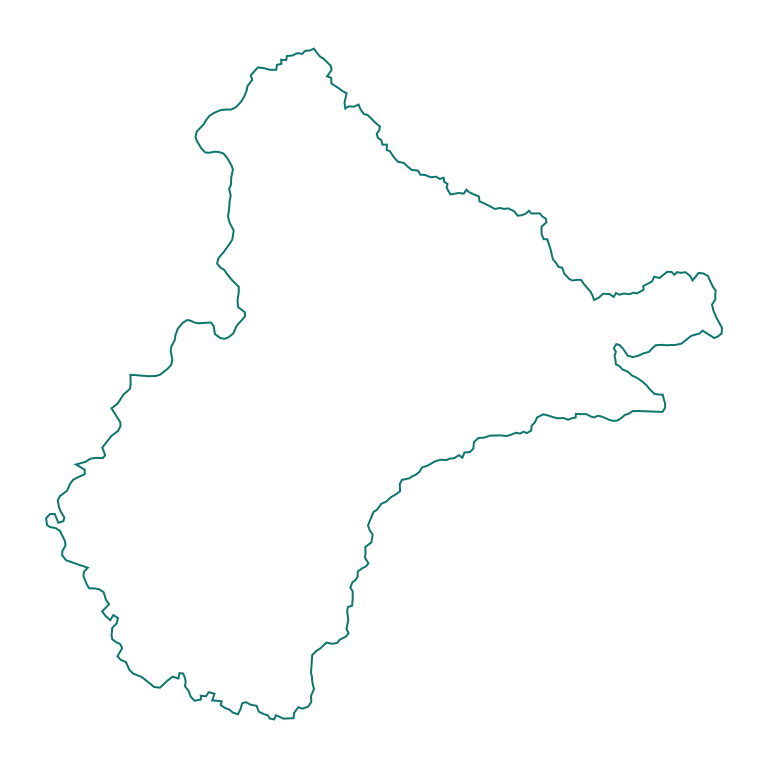 Iaciara, Goiás, Brazil (orthographic projection)
{"feature_id": "56859067B33640833107150", "entity_name": "Iaciara", "entity_type": "district", "adm_level": 2, "iso_a3": "BRA", "parent_name": "Brazil", "parent_adm1": "Goiás", "projection": "orthographic", "projection_center": [-46.724, -14.085], "detail": "fine", "context": "isolated", "style": "outline", "palette": "teal", "viewbox_px": 768, "rotation_deg": 0, "n_neighbors": 0, "source": "geoboundaries", "source_scale": "gbopen_adm2", "svg_char_len": 5866}
<svg xmlns="http://www.w3.org/2000/svg" viewBox="0 0 768 768"><path d="M258.7,711.6L264.0,714.2L267.8,715.3L269.9,718.6L274.2,719.4L275.9,715.3L279.8,716.9L283.2,718.6L293.6,718.2L294.1,712.9L298.4,707.2L302.4,708.7L308.0,706.7L311.3,702.0L311.0,695.8L314.0,689.2L312.4,682.5L311.8,676.2L311.0,672.3L311.5,665.7L312.2,655.1L316.4,650.9L320.6,648.2L326.4,642.6L332.5,643.8L337.2,642.9L339.7,639.7L345.7,636.7L348.6,633.2L346.5,628.9L348.2,620.8L347.9,616.9L347.2,611.1L347.8,607.0L352.1,605.7L352.7,598.4L352.7,591.4L350.3,587.6L352.3,582.5L355.6,579.9L357.6,576.7L357.8,571.4L361.9,568.5L366.2,566.2L368.4,563.3L364.9,557.4L365.6,552.8L365.3,547.0L371.4,542.3L372.7,534.6L369.8,530.4L368.0,525.5L371.6,516.5L373.6,511.8L376.8,510.0L381.3,503.8L386.0,501.8L390.7,497.4L396.8,493.7L400.1,491.2L399.8,484.0L401.9,479.9L409.3,478.3L412.4,476.2L415.6,474.9L419.5,471.7L422.0,467.5L427.5,465.7L434.7,461.5L440.5,459.7L446.3,460.1L450.2,458.5L454.1,458.2L459.0,455.2L462.4,457.8L464.4,452.5L469.7,452.1L473.3,448.8L474.0,442.0L478.5,437.9L483.9,437.7L490.1,435.6L500.3,435.4L506.9,436.0L511.4,434.6L516.1,432.7L520.1,433.6L523.5,431.7L526.9,433.1L531.2,430.5L531.6,425.9L535.0,422.2L537.1,417.4L543.3,414.3L548.6,415.6L552.9,417.1L557.6,418.3L563.4,418.0L568.1,419.7L571.7,418.3L575.6,417.5L575.9,413.9L579.8,414.1L586.4,414.1L591.0,416.6L594.4,417.4L597.6,415.8L601.1,416.4L605.7,418.2L609.9,420.1L613.8,420.9L617.4,420.5L621.3,418.0L624.9,414.9L628.5,413.9L632.5,411.2L637.6,411.0L662.4,411.9L665.1,407.8L665.1,403.6L663.6,398.4L662.8,394.7L658.8,394.5L654.5,393.9L649.8,389.4L646.3,385.0L642.3,381.5L636.8,377.8L631.9,375.5L628.0,371.8L622.3,369.3L619.5,366.1L615.9,364.3L615.4,359.7L614.5,355.8L615.9,351.9L613.8,348.2L616.3,344.1L619.7,345.1L622.9,348.6L625.4,352.1L627.6,355.6L632.7,357.1L638.1,355.8L643.6,353.3L648.9,351.9L652.7,347.9L655.6,345.3L661.5,344.8L666.6,345.3L670.6,345.0L675.0,345.0L681.5,343.6L686.4,339.7L691.1,335.9L695.8,334.5L699.4,333.7L702.5,330.6L714.2,338.0L717.6,336.6L721.7,333.5L721.9,327.7L716.3,317.4L713.3,310.2L712.0,304.6L715.3,299.4L715.3,294.2L715.7,290.4L713.3,287.5L709.6,279.9L708.0,276.0L703.5,273.5L698.5,272.9L696.3,275.9L692.6,280.4L690.2,276.0L685.5,272.2L680.5,272.9L677.1,272.1L674.4,274.8L671.6,271.9L667.1,271.9L659.4,278.0L654.2,276.7L652.0,281.6L648.9,283.1L643.3,286.0L643.5,289.9L636.9,293.4L633.3,292.6L629.7,294.2L623.7,293.6L619.4,294.7L616.0,293.0L613.7,296.9L609.5,294.0L603.0,293.8L598.8,297.7L594.1,300.0L592.2,294.8L590.5,291.6L584.3,284.5L581.1,280.0L577.5,279.8L572.4,280.5L569.3,279.0L564.3,273.7L562.2,267.7L558.8,267.0L555.6,262.4L553.0,259.4L552.0,255.7L550.9,250.4L549.1,245.0L547.3,239.3L543.7,239.2L541.7,234.5L541.5,226.8L546.5,222.2L545.6,218.5L542.6,216.7L539.8,213.4L531.3,213.5L529.0,210.7L525.9,213.6L521.9,215.2L517.6,215.7L514.3,211.3L508.2,208.4L503.8,208.9L500.2,208.0L494.7,208.9L488.7,205.6L484.0,203.3L479.5,201.4L478.9,196.5L474.5,194.7L469.1,192.2L466.4,189.7L463.8,193.6L458.8,193.0L450.4,194.4L448.3,190.9L446.6,187.6L447.5,183.9L444.2,181.8L443.6,177.7L439.9,179.0L436.1,176.7L430.3,177.2L425.0,174.9L420.3,174.7L418.0,170.6L411.7,169.9L406.9,166.0L403.9,162.9L398.0,161.8L394.7,158.2L391.9,154.3L389.9,151.2L386.7,150.0L386.9,144.6L382.5,144.7L381.2,140.0L377.8,137.8L376.7,133.7L379.2,130.4L379.9,126.5L374.5,122.0L371.2,118.5L367.5,114.9L363.8,114.1L360.4,109.1L358.6,104.6L354.0,106.7L348.9,106.3L345.3,108.5L344.5,102.8L346.6,93.2L342.7,91.2L338.9,88.4L331.4,83.5L331.1,77.7L327.0,76.4L329.4,73.1L331.6,69.8L330.8,65.9L326.2,61.3L323.6,58.8L319.6,56.2L313.8,48.6L309.8,50.5L305.3,50.7L302.2,53.9L297.2,53.2L292.6,55.5L287.0,56.0L286.2,60.1L281.1,59.7L281.5,63.8L276.9,64.9L276.3,69.8L270.0,69.8L264.5,68.3L257.9,67.4L250.8,75.2L252.2,79.9L247.4,86.3L246.8,90.0L244.5,96.0L241.0,101.9L235.8,107.3L231.0,109.6L226.1,109.5L220.4,110.2L214.7,112.6L209.6,115.7L206.0,120.2L203.8,124.2L196.8,131.5L195.5,136.7L197.0,141.3L201.5,148.6L205.1,152.4L208.9,152.8L214.8,151.7L218.9,152.0L223.6,153.6L227.8,158.9L231.8,166.2L232.9,169.5L231.2,177.7L231.0,184.5L229.1,188.9L230.7,195.5L229.6,201.6L229.1,209.1L228.0,216.6L229.7,222.8L233.7,230.6L232.3,239.5L230.1,243.1L223.5,252.3L218.4,258.2L217.1,263.6L220.5,267.7L223.9,269.6L227.4,274.4L231.6,279.7L238.8,286.9L238.7,292.5L237.5,300.9L238.1,307.1L244.8,312.2L245.1,316.2L241.6,320.3L236.8,325.6L233.3,333.4L228.8,337.1L224.9,338.8L220.5,338.2L214.9,334.0L213.7,326.2L210.9,322.5L199.0,323.3L195.0,322.7L190.9,320.8L187.3,320.0L182.8,322.7L177.7,328.9L175.5,335.1L174.7,340.1L171.3,346.6L170.7,350.7L172.3,360.2L171.1,365.1L167.6,368.8L160.2,374.6L155.9,376.0L148.0,376.2L136.1,375.2L130.4,374.8L130.6,384.9L129.9,388.9L123.4,394.7L117.6,403.6L111.5,408.3L120.3,422.3L120.5,426.1L118.0,431.0L111.6,435.7L102.3,447.6L105.2,455.3L102.9,458.0L95.1,457.9L90.2,458.8L85.6,461.8L76.0,464.5L84.7,469.7L84.7,474.2L77.0,477.7L73.0,479.9L70.0,484.0L67.1,490.7L59.8,496.2L57.8,500.6L59.1,507.5L60.8,511.7L64.4,517.6L63.3,521.2L58.3,522.8L54.7,513.9L50.0,514.1L46.1,518.2L47.0,525.0L50.1,527.1L55.6,528.1L60.0,530.9L65.0,541.2L65.5,545.4L62.3,551.2L62.2,555.3L66.0,560.2L78.2,564.5L87.8,567.7L84.0,571.7L83.4,576.1L86.7,584.2L89.1,588.3L95.5,588.5L99.3,589.4L103.6,592.2L106.1,600.1L109.1,604.2L102.1,611.4L105.5,615.9L110.3,620.2L113.3,615.1L118.0,618.0L116.7,623.3L112.2,627.9L111.6,635.5L112.3,639.4L116.5,642.3L120.1,644.0L122.2,648.1L117.5,656.2L120.7,659.9L125.9,662.0L129.3,669.7L133.1,673.6L141.6,676.9L154.2,687.0L159.9,687.7L166.8,681.2L172.7,676.6L178.4,678.5L179.5,673.1L183.1,673.5L185.0,678.0L185.7,682.3L184.9,686.2L188.7,691.1L190.7,696.7L194.5,700.8L201.1,699.4L200.7,695.7L206.0,696.3L208.6,692.2L214.5,693.7L212.2,700.5L216.4,700.7L221.7,701.4L220.7,705.0L224.8,707.9L229.2,709.5L232.9,712.6L237.9,714.3L240.5,709.2L242.1,703.4L246.0,702.1L250.7,704.8L256.7,705.8L258.7,711.6Z" fill="none" stroke="#0f766e" stroke-width="2"/></svg>